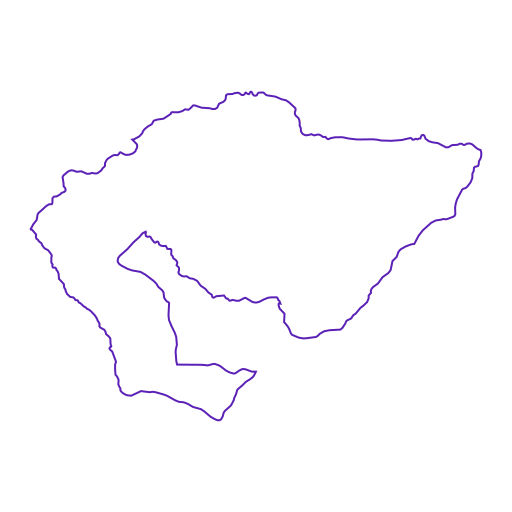 outline of Colon, Nariño, Colombia
{"feature_id": "7082276B55719342922597", "entity_name": "Colon", "entity_type": "district", "adm_level": 2, "iso_a3": "COL", "parent_name": "Colombia", "parent_adm1": "Nariño", "projection": "albers", "projection_center": [-77.053, 1.629], "detail": "fine", "context": "isolated", "style": "outline", "palette": "violet", "viewbox_px": 512, "rotation_deg": 0, "n_neighbors": 0, "source": "geoboundaries", "source_scale": "gbopen_adm2", "svg_char_len": 6011}
<svg xmlns="http://www.w3.org/2000/svg" viewBox="0 0 512 512"><path d="M367.1,302.1L368.6,298.5L368.7,295.5L371.0,292.9L370.8,290.7L371.6,288.8L373.0,287.1L378.0,283.5L382.5,277.2L388.4,273.0L390.6,270.1L392.5,261.0L396.6,257.0L398.4,252.0L399.8,250.2L401.0,249.1L405.8,246.4L411.4,244.3L414.3,243.9L418.5,235.9L422.9,230.2L431.2,222.8L435.6,220.5L440.9,219.7L443.4,219.0L446.0,219.3L447.6,218.9L453.1,216.8L454.4,216.1L455.3,214.4L455.1,207.6L455.7,203.7L457.0,199.4L462.1,189.7L463.0,188.9L465.4,188.1L467.0,187.0L470.6,182.3L472.3,178.1L472.4,173.6L473.7,171.0L474.0,167.7L475.0,166.8L477.9,166.1L478.7,164.5L478.9,161.4L480.6,158.4L481.2,155.9L481.3,152.7L480.5,150.0L478.6,149.4L476.5,148.1L472.4,144.5L470.4,143.6L469.4,143.5L466.9,143.7L465.3,144.6L464.0,145.0L463.4,144.9L461.8,143.8L459.9,143.7L457.5,144.8L452.1,145.1L448.5,147.2L446.1,147.4L437.9,143.1L432.4,142.3L428.8,141.2L425.6,138.8L424.3,135.6L423.2,135.0L422.0,135.1L421.5,135.6L420.3,138.5L419.1,138.5L417.6,139.3L415.7,138.8L413.7,139.7L412.5,139.7L411.4,138.3L410.4,138.0L401.8,140.0L391.6,140.8L380.9,140.5L377.8,139.8L373.1,139.3L357.2,139.5L348.5,138.5L343.4,137.4L341.2,137.2L335.1,137.3L330.8,138.1L328.7,139.1L328.0,139.1L327.0,138.7L325.4,136.9L323.0,137.0L321.2,135.6L319.1,134.6L317.3,134.6L314.2,135.4L311.4,134.2L308.1,135.1L305.7,135.3L303.2,134.3L301.9,133.0L301.0,131.4L300.7,127.9L299.6,125.5L299.8,123.6L299.3,120.1L298.4,118.0L295.6,115.5L294.9,113.9L294.9,112.0L295.6,110.2L295.4,108.2L289.0,102.3L286.0,100.3L281.7,99.3L275.4,96.6L266.9,95.3L265.6,94.6L264.3,93.2L263.1,92.5L259.0,92.6L257.8,93.3L256.9,95.1L256.0,95.6L254.7,95.7L254.0,95.5L252.8,94.4L251.9,92.3L251.0,91.7L250.2,92.1L249.3,93.9L248.9,94.2L247.7,93.9L245.7,92.6L245.4,92.7L244.5,94.3L243.1,95.1L241.5,94.9L239.4,93.3L238.0,92.7L234.4,93.2L232.5,94.0L227.7,94.2L226.4,94.9L226.0,95.5L225.7,98.7L225.0,100.3L223.3,101.9L219.1,103.7L217.2,107.7L215.3,108.9L213.0,109.1L209.4,108.2L201.6,107.7L194.7,105.4L193.2,105.4L189.9,108.7L188.4,109.8L185.1,109.3L182.3,111.1L178.3,112.3L172.0,112.2L171.2,112.7L170.8,113.8L169.5,114.8L163.5,118.7L157.7,119.5L154.2,120.5L153.3,121.3L152.3,123.4L151.5,124.4L148.1,126.3L144.6,129.1L143.0,131.2L142.2,133.3L139.3,136.4L134.0,139.3L132.3,139.6L137.0,144.4L137.2,146.5L136.9,147.9L135.2,151.5L133.0,153.3L129.3,154.7L125.8,154.9L123.7,154.1L120.6,152.3L119.8,152.5L118.7,154.2L117.5,155.2L114.3,155.0L112.3,155.8L107.7,158.8L106.6,160.0L105.0,163.1L105.0,165.7L104.5,166.6L102.7,168.2L101.1,170.6L97.3,173.3L95.2,173.5L91.8,172.9L89.8,173.7L87.0,173.8L81.3,171.3L76.7,171.8L73.6,170.6L71.3,170.3L69.5,170.8L67.6,171.9L63.6,175.3L62.8,176.5L62.6,177.3L63.5,183.0L63.7,186.4L65.2,188.1L65.6,189.7L65.3,191.0L64.4,191.8L61.5,193.0L60.1,194.4L56.7,196.4L54.0,196.6L52.5,198.2L52.4,202.9L52.0,203.9L51.7,204.2L49.1,204.3L46.4,205.9L38.3,213.2L37.6,214.4L36.7,219.9L33.2,224.4L30.7,229.1L30.8,229.5L32.2,229.9L36.1,234.5L35.9,236.9L36.3,238.5L38.2,240.1L38.9,241.3L41.5,243.3L42.1,245.1L44.4,248.2L48.2,250.3L51.3,254.4L51.8,255.8L51.4,257.2L51.3,261.8L51.4,262.7L52.6,264.5L52.3,265.7L52.5,266.9L53.2,267.7L55.3,267.7L56.3,268.9L56.4,269.9L57.7,271.5L58.6,273.9L59.0,278.9L63.8,284.0L64.2,287.6L65.5,289.6L65.6,290.8L67.1,294.0L70.2,296.9L73.3,297.4L74.5,298.5L75.3,299.9L77.9,300.5L78.7,302.4L80.5,303.3L83.9,306.5L85.7,307.4L87.0,308.8L88.9,309.6L91.1,311.4L94.8,315.3L96.8,318.4L97.7,320.7L99.3,323.2L99.6,324.6L99.3,326.1L100.2,327.5L104.2,329.7L105.3,331.3L106.2,334.3L108.7,336.3L110.3,338.4L110.6,344.4L111.3,346.3L111.0,346.8L109.9,347.3L109.5,348.4L109.9,349.5L112.2,351.5L116.0,361.7L115.1,364.7L115.1,369.3L115.5,374.7L117.1,376.6L118.2,378.8L118.6,380.3L118.3,384.3L119.6,387.3L120.4,388.4L120.4,390.4L121.5,391.9L122.7,393.0L125.4,394.6L127.3,395.3L131.2,395.7L141.0,391.1L149.7,392.2L152.9,391.8L155.5,392.2L164.0,394.6L166.9,395.7L175.2,400.3L178.8,401.8L183.1,402.2L185.2,402.8L188.0,404.0L193.1,407.0L200.8,409.1L204.0,411.2L210.4,416.6L214.7,419.1L217.7,420.3L219.7,420.2L221.1,419.3L222.7,416.4L223.6,412.9L224.7,411.1L230.7,405.7L231.8,404.0L233.8,400.0L234.2,398.1L236.2,393.8L237.0,390.5L237.7,389.3L242.2,385.5L245.8,381.9L249.8,379.4L252.6,377.3L253.9,375.7L255.9,371.7L251.7,371.6L245.8,369.4L243.7,369.0L242.0,369.2L239.2,370.6L235.7,373.1L234.0,373.6L229.8,372.5L226.2,370.7L220.8,366.5L218.8,365.3L214.7,363.9L213.0,364.0L207.9,365.4L202.0,364.8L177.1,364.6L176.3,361.0L175.6,351.9L175.8,349.6L176.9,344.7L176.2,337.0L174.9,333.0L171.4,325.9L169.0,320.0L168.5,315.2L169.1,303.1L168.5,302.2L167.0,301.5L165.8,300.3L164.2,297.8L163.5,292.4L163.0,291.4L162.0,290.1L158.3,286.9L156.4,283.7L153.5,280.8L145.3,274.6L140.5,271.9L132.1,270.4L127.6,268.9L121.6,265.7L119.3,264.1L117.8,261.9L117.7,260.5L118.1,258.2L119.7,255.9L127.4,249.1L133.4,242.4L139.4,237.0L142.5,233.3L145.7,231.7L145.9,232.4L145.5,233.9L145.9,235.9L147.3,236.8L149.5,236.5L150.5,237.0L151.8,239.3L154.3,242.4L155.2,242.7L157.0,241.6L157.6,241.6L158.2,241.9L159.3,244.6L160.9,245.6L163.0,246.1L165.8,245.9L167.4,248.9L170.6,249.0L171.4,250.0L171.2,254.7L172.7,256.3L173.3,258.3L175.8,260.0L177.2,262.0L177.3,263.0L176.6,265.3L178.5,267.1L179.0,268.0L179.0,270.4L178.4,272.4L179.1,274.1L181.8,276.0L184.0,276.5L186.5,276.2L189.8,278.3L193.1,278.8L196.5,280.5L197.4,281.2L200.7,285.7L205.4,288.9L208.4,292.5L211.7,294.7L212.3,296.9L213.1,297.6L213.9,297.6L216.4,296.2L224.0,295.5L226.2,298.5L227.6,298.6L229.5,300.7L230.1,300.7L232.7,299.9L236.0,300.7L238.9,300.8L244.4,298.0L245.5,297.8L252.7,302.1L255.9,302.6L258.9,302.0L263.8,299.5L267.9,297.8L270.6,297.4L276.0,297.3L277.3,297.6L278.3,300.0L279.4,300.9L280.4,303.6L279.1,303.3L278.6,303.9L278.6,305.1L279.2,307.5L279.9,308.9L284.5,313.7L284.1,322.1L287.5,326.1L289.0,328.6L291.0,333.6L292.2,334.9L298.7,337.6L303.2,338.4L305.8,338.3L315.9,337.0L317.9,335.8L319.6,333.9L324.1,331.3L329.6,330.2L340.4,329.6L342.5,327.8L345.2,323.7L346.3,321.1L347.2,320.4L351.1,318.5L353.3,315.2L355.7,313.6L360.6,307.7L363.2,305.8L367.1,302.1Z" fill="none" stroke="#5b21b6" stroke-width="2"/></svg>